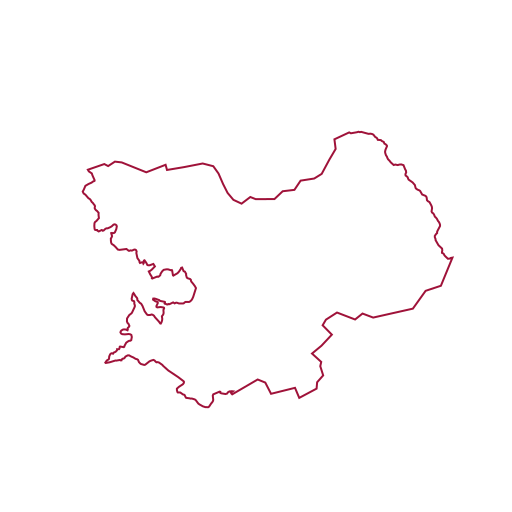 outline of Kapan, Syunik, Armenia, rotated 156°
{"feature_id": "60910142B33530441096586", "entity_name": "Kapan", "entity_type": "district", "adm_level": 2, "iso_a3": "ARM", "parent_name": "Armenia", "parent_adm1": "Syunik", "projection": "orthographic", "projection_center": [46.399, 39.181], "detail": "fine", "context": "isolated", "style": "outline", "palette": "rose", "viewbox_px": 512, "rotation_deg": 156, "n_neighbors": 0, "source": "geoboundaries", "source_scale": "gbopen_adm2", "svg_char_len": 6079}
<svg xmlns="http://www.w3.org/2000/svg" viewBox="0 0 512 512"><g transform="rotate(156 256 256)"><path d="M374.5,403.2L374.3,401.3L372.4,398.2L372.6,396.4L372.6,390.9L373.0,390.3L374.9,390.3L376.3,389.9L379.7,389.9L383.3,389.5L386.3,386.7L388.1,385.3L388.0,383.1L387.4,382.3L386.8,381.1L385.6,377.0L384.7,375.7L384.3,374.5L384.1,372.3L383.4,370.6L383.1,369.0L382.8,368.1L382.8,367.0L383.5,366.1L384.0,364.9L383.6,363.0L382.9,361.8L382.2,359.5L383.1,357.7L384.1,354.5L387.5,352.9L389.2,352.5L390.2,351.7L391.5,349.2L392.4,346.5L392.5,345.6L392.1,345.1L390.5,344.3L390.6,343.7L389.7,342.4L386.4,342.5L385.9,342.0L385.7,341.4L384.8,341.3L382.5,342.1L381.3,342.1L380.2,341.6L377.4,341.6L375.7,341.8L373.4,342.6L372.2,342.4L371.5,341.8L371.0,340.8L371.1,339.7L372.7,337.4L375.3,335.0L376.5,334.8L377.6,335.1L378.2,335.7L379.0,335.8L379.4,332.7L380.5,331.6L381.5,331.0L382.4,328.8L382.9,327.1L382.9,325.9L382.4,324.9L381.7,324.0L380.6,321.3L379.6,318.1L378.2,317.1L371.5,315.1L370.2,312.6L369.8,312.3L368.4,312.2L367.2,311.4L364.6,311.4L363.8,311.0L363.2,310.2L363.2,308.7L364.1,307.4L365.2,302.3L364.5,299.0L364.9,297.9L364.8,296.8L362.5,296.6L361.9,296.2L362.0,294.8L361.6,295.0L360.3,297.4L359.6,297.4L359.0,294.4L358.9,292.0L358.3,291.4L357.0,290.8L353.0,290.5L352.6,287.6L356.9,285.9L358.6,285.5L360.2,285.5L360.1,282.2L359.8,280.4L359.7,278.9L360.2,278.0L359.9,277.6L354.6,277.4L354.0,276.8L353.1,276.8L351.3,277.4L350.4,278.6L349.0,279.5L347.9,280.2L346.0,280.9L343.4,280.3L341.8,279.6L339.4,277.5L338.6,277.4L338.5,276.9L339.7,272.2L339.5,271.7L334.7,272.2L332.6,273.1L330.0,274.8L329.2,275.6L328.2,275.5L328.3,271.6L327.3,270.6L327.1,268.0L327.6,267.2L328.0,264.4L327.4,263.4L325.6,261.8L325.2,260.8L325.5,259.8L325.5,258.9L324.7,256.1L324.1,253.3L323.9,251.1L330.0,244.2L331.7,242.7L333.1,241.8L335.2,241.2L336.0,241.3L339.1,242.7L340.1,242.6L341.2,242.2L342.0,242.3L345.7,244.0L347.4,245.6L348.3,245.9L349.6,245.8L350.6,247.3L354.2,247.2L355.2,247.3L355.6,247.8L356.9,247.8L358.0,249.0L358.7,249.5L358.8,249.8L358.2,250.2L357.9,251.0L358.1,251.3L361.9,254.0L362.3,255.0L365.1,257.7L366.3,258.6L367.2,258.9L367.8,258.0L366.4,255.7L364.5,253.8L364.9,252.9L367.4,250.7L367.6,249.9L367.1,249.2L363.9,248.2L361.3,246.5L361.1,246.1L361.2,245.6L362.5,244.4L363.5,241.7L364.0,240.9L364.7,240.2L366.5,239.2L367.2,236.7L368.1,235.2L369.5,233.7L370.5,233.0L370.9,233.3L371.4,235.7L373.2,241.1L373.5,243.0L374.3,244.3L375.1,245.0L376.8,245.2L378.7,246.0L379.4,246.9L380.2,250.8L380.0,256.5L380.3,259.1L381.2,260.5L382.3,264.1L381.8,265.3L381.8,266.2L382.5,268.6L382.8,271.2L383.0,272.0L384.2,271.3L387.0,267.5L387.3,266.2L387.1,265.5L385.9,264.5L385.9,263.3L386.6,261.9L386.7,260.5L387.0,259.5L387.9,258.5L392.2,254.8L393.0,254.3L395.8,253.6L399.2,251.4L400.5,248.8L400.6,247.2L400.1,246.0L400.1,243.6L401.0,242.9L402.3,242.5L402.8,242.0L403.0,241.0L403.6,240.4L404.9,241.8L406.3,242.6L407.4,242.9L409.2,242.7L410.2,242.2L410.9,241.4L410.8,240.1L410.0,239.0L407.6,237.7L404.0,236.5L402.6,235.5L402.0,234.6L402.4,232.5L404.2,229.9L405.1,229.7L406.3,230.1L407.3,230.1L409.8,229.6L412.7,227.4L413.2,226.7L413.9,226.5L417.0,228.6L417.4,228.5L418.4,227.0L419.1,226.6L420.8,227.3L420.9,226.9L421.5,226.3L423.3,225.6L425.3,225.6L426.4,224.9L427.0,225.6L427.6,225.9L428.5,225.8L429.2,225.5L430.9,224.0L432.1,221.9L432.6,221.5L434.5,221.3L435.4,220.9L437.0,219.9L436.8,219.4L432.8,218.4L427.0,217.7L426.0,217.2L422.7,216.4L422.0,215.6L421.3,215.4L420.8,216.1L419.4,216.4L418.6,216.1L417.4,216.4L416.2,217.2L413.7,217.4L412.4,216.9L410.8,214.8L409.3,213.2L407.9,211.1L406.4,209.8L406.0,209.0L406.1,206.8L405.5,205.0L405.0,204.1L402.6,202.1L402.0,201.8L401.2,201.8L396.2,203.1L394.3,203.1L392.0,202.8L391.2,201.9L390.7,200.4L390.2,199.4L389.1,199.1L388.0,198.2L385.9,194.7L385.4,193.1L382.7,187.1L376.4,177.1L373.1,171.1L373.0,170.2L373.8,169.2L374.9,168.6L379.7,167.8L382.2,167.0L382.8,165.7L383.1,163.9L383.0,163.2L380.7,162.1L379.0,159.2L378.2,158.6L377.8,158.1L377.7,155.7L377.5,154.8L374.7,153.1L373.7,152.3L372.6,151.9L370.3,149.9L369.7,148.9L368.7,144.6L368.0,143.4L365.7,140.3L363.7,138.5L361.1,137.3L360.1,137.5L356.8,139.6L355.6,140.1L354.1,141.2L353.5,142.2L352.3,146.0L351.3,147.0L344.4,146.9L343.9,146.5L344.3,145.9L344.3,145.5L343.6,144.7L340.0,142.3L338.3,142.1L337.1,142.9L335.4,143.1L334.6,142.9L334.3,142.4L333.2,142.4L332.2,141.8L334.5,141.3L334.4,140.3L334.0,139.3L304.7,142.5L299.0,136.6L298.3,124.0L274.0,119.7L274.2,108.8L254.6,110.2L251.5,115.8L243.2,119.6L242.1,129.2L239.5,132.7L244.5,144.1L232.7,147.4L218.7,153.3L223.3,165.6L218.0,169.4L205.0,171.4L191.3,157.7L182.1,160.1L174.0,152.1L134.1,144.1L115.2,155.2L99.2,153.6L77.2,174.6L78.9,175.0L79.9,174.8L81.8,175.4L83.2,178.8L83.6,180.1L83.6,181.4L84.0,182.3L84.8,183.2L84.5,184.0L83.6,185.2L83.0,187.1L84.9,191.6L85.5,197.4L85.1,198.4L85.0,200.4L84.5,201.6L82.8,202.7L81.2,203.3L80.8,204.3L79.9,205.2L75.7,208.5L75.2,209.6L75.0,211.1L75.1,212.7L75.5,214.1L75.6,216.3L76.0,217.9L76.6,219.2L76.5,221.1L76.7,222.7L77.5,224.1L77.5,225.3L75.7,228.1L75.3,229.7L75.3,231.4L75.6,234.7L76.7,236.2L77.1,237.5L76.4,239.7L76.3,240.9L76.7,242.0L79.2,244.6L79.6,248.6L80.0,249.4L81.5,251.0L82.5,252.8L82.4,254.0L82.0,256.2L83.0,259.5L85.5,263.7L85.6,264.8L85.4,266.1L85.7,267.1L86.6,268.7L86.2,270.0L84.8,271.3L84.3,273.1L84.5,274.4L84.3,279.0L86.1,280.6L87.8,281.2L89.5,281.4L91.6,282.9L93.2,283.1L94.8,286.7L95.3,288.8L96.0,290.6L96.1,291.9L96.0,293.5L96.3,295.3L96.0,297.8L95.6,298.9L94.4,300.5L91.7,303.0L91.5,303.7L92.1,305.3L93.0,306.5L92.9,308.2L94.3,309.9L94.8,311.1L97.5,312.6L97.5,314.0L97.7,314.9L98.7,316.3L99.4,319.1L100.4,320.3L101.9,321.3L103.3,321.7L104.0,322.2L109.4,326.6L110.8,326.9L111.8,327.8L113.4,328.0L119.4,329.5L120.6,331.0L136.9,330.7L139.7,321.4L149.8,314.2L162.6,304.3L171.3,303.1L184.6,306.7L194.0,300.8L205.3,304.3L216.0,300.5L233.2,308.1L237.2,312.2L247.9,309.7L253.8,316.5L256.3,325.2L256.8,335.2L256.7,346.6L258.5,355.4L267.1,362.2L285.7,366.5L302.3,370.8L301.5,376.1L322.2,377.1L340.6,396.1L346.5,399.6L354.5,398.3L357.2,401.7L374.5,403.2Z" fill="none" stroke="#9f1239" stroke-width="2"/></g></svg>